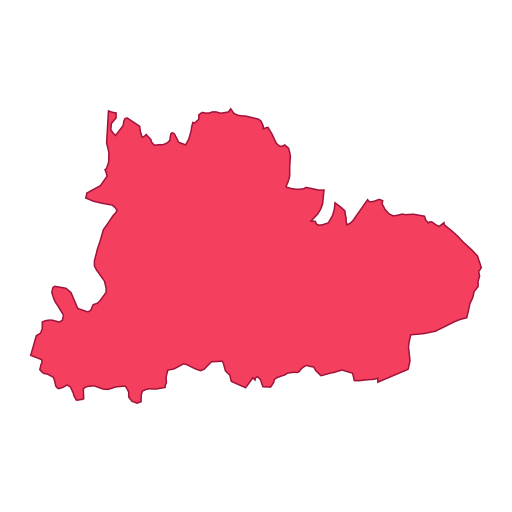 Sinbillawin, Ad Daqahliyah, Egypt (Natural Earth projection)
{"feature_id": "37247803B43017025732324", "entity_name": "Sinbillawin", "entity_type": "district", "adm_level": 2, "iso_a3": "EGY", "parent_name": "Egypt", "parent_adm1": "Ad Daqahliyah", "projection": "natural_earth1", "projection_center": [31.475, 30.883], "detail": "fine", "context": "isolated", "style": "filled", "palette": "rose", "viewbox_px": 512, "rotation_deg": 0, "n_neighbors": 0, "source": "geoboundaries", "source_scale": "gbopen_adm2", "svg_char_len": 5160}
<svg xmlns="http://www.w3.org/2000/svg" viewBox="0 0 512 512"><path d="M30.7,355.4L41.6,359.6L42.1,362.1L41.0,364.6L40.4,367.2L39.8,369.7L42.1,372.2L43.9,373.5L47.4,374.1L51.0,376.0L53.3,377.3L54.5,380.4L55.0,382.7L55.6,385.5L56.2,386.7L57.4,388.0L58.6,388.6L59.2,388.6L61.0,388.0L62.7,387.4L65.1,386.2L66.9,384.9L70.4,386.9L73.3,393.2L73.9,395.7L76.3,400.1L78.0,400.1L81.0,399.5L82.2,399.5L83.7,398.8L83.6,395.7L83.4,390.1L83.4,388.8L85.4,387.2L86.9,386.8L87.9,386.4L91.0,386.1L94.0,385.8L95.8,386.5L96.8,386.8L99.3,387.7L102.9,389.0L104.0,389.1L107.4,389.4L108.2,389.4L115.9,386.9L117.8,386.7L125.3,386.1L127.2,389.1L128.7,392.1L128.7,394.2L128.7,397.0L131.8,401.1L132.3,401.4L134.7,402.3L137.1,403.2L140.1,402.1L141.1,401.7L141.1,399.4L141.2,397.3L141.2,395.0L142.4,391.2L145.4,389.7L146.0,389.5L148.9,388.8L154.2,389.0L156.5,389.0L165.2,387.4L165.0,386.4L165.1,385.7L166.4,382.8L166.1,377.1L167.8,370.1L171.1,369.5L174.1,368.9L183.6,363.8L185.3,364.3L186.7,364.6L195.2,368.8L200.5,370.7L203.3,369.6L203.9,369.4L205.8,367.5L209.4,363.8L211.5,361.7L215.1,361.6L220.2,361.3L222.2,361.2L223.3,363.1L225.4,370.8L228.3,373.7L228.8,374.2L229.8,375.1L231.3,381.4L245.6,387.7L252.9,377.8L254.1,379.0L255.0,380.0L255.5,377.9L257.5,376.6L258.1,377.2L260.5,379.7L262.8,386.7L270.6,387.1L271.7,385.5L273.7,382.4L274.1,380.5L274.4,379.4L276.0,378.3L277.2,377.5L279.4,376.8L280.0,376.5L282.9,375.5L284.2,375.2L284.7,375.0L285.4,374.5L287.6,373.1L290.6,372.7L292.9,372.4L293.9,372.3L295.4,372.4L297.1,372.5L299.2,371.6L299.7,370.9L300.8,369.4L302.9,367.4L304.1,366.7L306.3,365.4L310.3,366.5L311.3,366.6L313.7,367.0L315.8,370.6L316.4,371.2L319.2,374.0L320.9,375.7L322.5,375.3L326.1,374.3L329.8,373.3L331.0,372.9L333.8,372.5L341.8,370.0L352.6,373.2L354.3,380.6L357.8,380.7L358.5,380.7L359.0,380.7L361.0,380.5L362.5,380.3L363.1,380.2L370.9,379.5L373.1,379.4L375.5,378.9L377.8,378.3L377.8,382.2L408.1,369.3L409.1,364.9L410.0,360.8L410.0,360.7L408.6,347.9L408.5,347.2L409.0,342.8L409.1,342.2L410.7,334.8L411.4,334.7L416.6,334.3L423.9,333.6L430.7,332.2L435.4,331.2L442.3,327.8L448.7,324.6L453.4,322.3L453.9,322.0L458.4,320.1L459.4,319.7L464.5,318.3L466.7,317.8L468.7,309.6L469.8,304.2L470.3,302.8L472.0,299.2L472.7,297.6L473.0,296.6L474.1,291.5L478.1,286.6L478.1,281.3L479.6,276.2L478.7,271.5L481.3,267.8L481.3,267.7L479.7,262.7L477.5,256.0L471.9,250.1L471.4,249.6L466.4,245.0L463.5,242.4L461.7,240.5L459.8,238.5L458.2,236.7L454.0,232.8L444.1,224.6L444.1,223.4L444.0,222.7L439.2,226.4L436.3,225.1L434.5,223.8L432.8,222.5L431.6,221.9L429.8,221.9L428.4,222.9L425.7,220.0L424.5,216.2L413.3,214.2L405.7,214.7L402.1,214.1L397.4,215.3L393.3,215.9L389.2,214.0L385.1,209.5L382.1,203.9L382.7,200.7L379.2,199.4L373.9,201.3L370.9,201.9L368.6,201.2L367.6,199.7L355.6,216.8L352.6,221.1L349.6,223.6L346.7,224.8L346.7,223.6L346.1,221.7L346.1,217.9L345.5,215.4L345.0,212.3L345.0,211.0L340.9,207.2L335.0,202.8L334.4,209.0L332.6,215.3L328.4,222.8L323.1,224.6L319.6,225.2L317.2,224.6L316.0,223.3L315.4,221.4L311.0,221.1L311.9,220.1L313.1,218.9L317.8,213.9L320.8,208.9L322.6,203.9L324.0,190.0L322.1,190.1L318.5,190.1L315.6,189.4L306.1,187.4L303.8,188.7L299.6,189.3L295.5,189.2L291.4,188.6L289.0,187.9L286.7,187.3L286.1,186.6L287.3,183.5L287.9,182.3L289.1,178.5L289.7,176.0L289.7,169.7L289.7,166.6L290.4,155.9L290.1,154.7L289.8,152.8L288.6,148.4L288.0,147.7L285.1,145.2L284.6,144.9L283.3,145.8L281.0,146.4L279.2,145.8L276.2,143.2L275.1,140.7L272.7,135.7L272.2,134.4L268.9,129.0L268.1,127.5L266.9,127.5L265.1,128.1L263.9,128.7L263.3,128.7L263.3,126.2L262.2,123.7L261.0,121.1L258.6,119.2L253.3,117.9L248.0,116.6L245.1,116.0L242.1,115.9L238.0,115.3L233.9,113.4L230.7,108.8L228.4,112.0L220.7,113.2L216.0,111.9L212.4,111.9L208.9,113.1L205.3,113.1L202.4,112.4L201.2,113.0L198.8,114.9L198.8,119.3L196.7,121.1L194.7,123.0L192.9,122.4L192.3,124.6L191.7,126.7L191.1,131.1L188.7,139.3L186.3,143.6L185.7,144.9L178.7,142.3L174.5,134.1L174.0,133.5L172.2,132.8L171.0,133.5L170.4,136.0L169.8,140.4L169.0,141.1L167.4,142.8L164.5,144.1L162.7,144.7L159.7,144.7L154.4,145.2L153.1,143.8L151.5,142.1L150.9,139.6L146.2,134.5L145.0,135.7L143.2,137.0L142.0,137.0L141.5,135.1L140.3,131.3L139.7,126.3L128.0,118.5L127.3,118.0L125.0,118.6L123.8,121.1L123.2,125.5L115.5,135.5L113.1,133.0L110.8,129.8L111.4,123.5L116.1,117.9L116.1,112.9L115.5,112.8L114.1,112.6L112.0,112.2L108.5,110.9L108.1,116.9L106.6,142.9L108.9,152.4L108.7,161.9L107.1,166.8L106.5,168.7L105.0,169.6L106.5,173.7L107.1,176.2L106.0,177.7L100.5,185.6L86.9,193.0L86.4,195.3L85.7,198.0L93.4,201.2L101.7,203.2L112.3,205.1L114.3,206.9L115.2,207.7L117.0,210.2L115.8,212.7L113.4,215.2L112.1,217.1L107.5,223.9L103.4,229.6L100.5,239.7L99.8,242.1L97.4,249.0L96.2,254.0L95.2,257.6L94.4,260.9L94.4,265.0L94.4,265.9L96.7,270.3L104.4,281.0L106.1,288.0L106.1,292.4L100.2,300.5L98.6,302.1L97.8,303.0L93.1,304.8L92.2,306.8L90.7,310.4L88.3,311.7L87.2,311.7L77.7,308.4L71.0,292.6L66.0,288.3L58.2,286.9L54.8,286.3L53.0,287.5L52.4,289.4L51.8,292.5L54.1,299.5L55.3,302.0L58.2,306.4L63.5,315.2L62.4,320.1L59.4,322.1L58.0,321.7L52.3,320.2L49.3,320.1L45.2,320.7L42.3,322.0L42.3,323.2L42.2,328.9L40.5,333.2L36.3,335.7L30.7,355.4Z" fill="#f43f5e" stroke="#9f1239" stroke-width="1.5"/></svg>